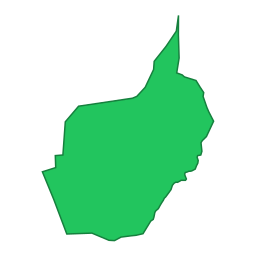 the district of Monguel, Gorgol, Mauritania
{"feature_id": "47542326B31251685847111", "entity_name": "Monguel", "entity_type": "district", "adm_level": 2, "iso_a3": "MRT", "parent_name": "Mauritania", "parent_adm1": "Gorgol", "projection": "mercator", "projection_center": [-12.888, 16.524], "detail": "fine", "context": "isolated", "style": "filled", "palette": "green", "viewbox_px": 256, "rotation_deg": 0, "n_neighbors": 0, "source": "geoboundaries", "source_scale": "gbopen_adm2", "svg_char_len": 1017}
<svg xmlns="http://www.w3.org/2000/svg" viewBox="0 0 256 256"><path d="M42.4,171.8L53.8,199.5L66.8,234.0L91.9,233.1L109.0,240.3L114.5,240.6L121.0,237.1L131.1,235.8L136.0,235.3L143.0,233.7L150.7,221.1L153.2,219.4L153.9,217.2L154.4,214.8L154.8,212.6L155.8,210.8L158.3,208.7L160.1,205.4L161.6,202.9L163.3,200.3L164.3,198.2L165.6,197.0L168.8,192.7L171.0,189.6L172.4,185.3L174.1,183.2L175.8,182.2L177.6,182.3L180.4,180.8L181.0,180.3L185.5,180.3L186.4,179.0L184.8,175.0L184.8,173.6L185.3,172.5L187.8,171.8L188.5,171.3L190.6,171.2L191.8,170.9L195.2,169.1L196.6,165.5L197.8,163.2L198.2,160.5L197.1,157.3L197.6,155.6L200.8,155.0L201.9,151.3L201.0,142.7L202.3,140.6L206.4,136.6L213.6,121.2L208.8,111.9L206.9,107.5L203.1,96.5L203.7,92.6L200.0,87.0L196.0,80.5L184.4,76.9L182.2,74.9L176.7,72.9L179.1,58.0L178.4,34.8L178.5,15.4L176.3,31.2L166.1,46.3L154.2,61.3L153.6,69.5L145.2,87.3L136.8,96.4L132.5,98.2L78.6,106.2L65.3,121.8L62.9,155.0L55.3,155.6L55.7,167.6L42.4,171.8Z" fill="#22c55e" stroke="#15803d" stroke-width="1.5"/></svg>